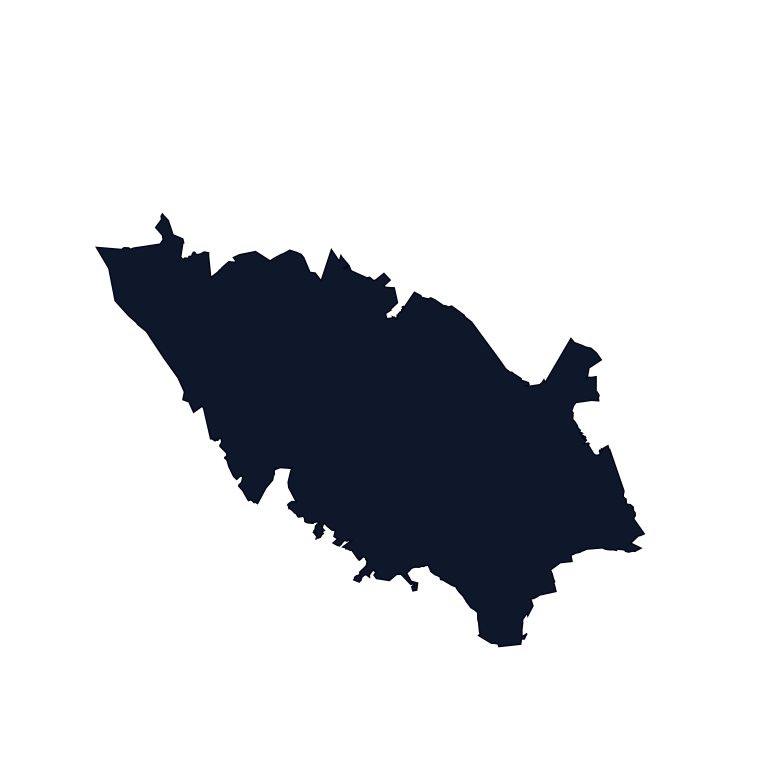 Villaflores, Chiapas, Mexico, rotated 48°
{"feature_id": "50627088B76304194076564", "entity_name": "Villaflores", "entity_type": "district", "adm_level": 2, "iso_a3": "MEX", "parent_name": "Mexico", "parent_adm1": "Chiapas", "projection": "orthographic", "projection_center": [-93.329, 16.375], "detail": "fine", "context": "isolated", "style": "filled", "palette": "ink", "viewbox_px": 768, "rotation_deg": 48, "n_neighbors": 0, "source": "geoboundaries", "source_scale": "gbopen_adm2", "svg_char_len": 6157}
<svg xmlns="http://www.w3.org/2000/svg" viewBox="0 0 768 768"><g transform="rotate(48 384 384)"><path d="M631.3,281.1L630.5,281.5L628.0,281.7L626.6,280.5L624.1,277.3L583.9,260.2L583.9,260.7L582.4,261.1L582.2,260.1L579.7,258.9L578.7,263.6L580.4,263.6L579.5,263.9L578.8,264.8L579.0,265.0L577.8,265.6L579.2,266.4L578.8,267.3L578.0,267.3L577.6,267.7L578.0,268.8L580.5,269.8L580.6,271.6L579.6,273.4L577.8,274.8L575.5,274.8L565.1,272.9L565.6,271.6L564.9,271.5L562.3,275.2L561.2,272.7L561.2,271.2L559.7,271.3L559.3,272.6L558.4,272.5L558.9,270.1L557.7,269.8L557.4,272.2L555.8,272.2L556.3,270.4L555.1,270.7L554.7,271.6L553.5,270.8L552.7,271.4L553.2,269.6L550.4,270.8L549.6,269.1L546.8,269.4L543.5,268.0L541.2,267.8L540.4,267.5L536.8,267.5L535.5,266.6L534.0,264.7L533.0,264.2L532.3,263.0L529.4,262.4L527.0,257.7L526.1,253.8L535.0,240.6L540.1,235.7L539.4,235.1L538.0,234.4L536.2,231.7L532.5,231.0L532.0,231.9L520.5,221.5L518.1,225.3L515.6,227.8L515.8,230.9L513.9,227.0L509.2,221.0L511.4,206.4L503.1,205.4L495.9,206.3L491.8,209.3L487.1,211.4L480.6,214.9L475.3,214.6L490.8,263.2L487.9,262.4L488.9,266.0L488.7,267.4L489.0,268.4L483.0,277.4L480.9,279.7L480.4,279.6L481.5,277.7L481.4,276.6L479.6,275.8L472.9,279.5L471.7,278.5L461.6,281.3L461.4,281.0L460.4,281.5L459.5,282.6L453.9,283.5L446.0,282.4L396.6,277.5L388.8,278.9L386.2,278.5L371.4,281.6L369.6,285.0L367.9,285.4L365.3,287.5L355.8,289.8L351.3,291.6L350.5,294.2L344.5,298.3L343.2,297.5L336.2,300.0L340.6,317.7L339.5,317.6L339.0,318.7L339.7,319.4L341.1,319.5L340.7,321.2L342.1,322.2L341.3,324.0L341.6,326.3L342.5,327.1L342.0,327.5L342.4,327.8L341.9,328.3L343.2,328.7L343.0,329.7L343.6,330.2L343.4,330.8L344.0,331.1L343.1,331.8L341.6,331.4L341.6,332.0L340.0,332.6L341.0,332.9L337.4,338.3L332.6,335.8L333.7,329.3L332.8,328.9L332.6,319.6L319.4,312.1L312.8,318.6L310.9,317.9L310.9,309.9L301.8,310.1L301.2,320.5L300.3,322.6L295.1,323.3L293.8,325.7L277.9,332.7L272.9,330.9L272.1,336.6L271.2,336.4L271.7,336.1L271.3,330.7L262.3,330.5L259.8,330.1L262.3,334.1L262.5,335.1L249.0,333.2L265.4,361.8L255.5,360.9L251.5,364.4L236.4,359.1L232.3,358.9L228.0,360.8L221.5,364.6L220.1,370.9L218.9,374.1L217.0,381.9L216.4,386.3L199.6,390.9L191.3,404.9L189.3,411.3L193.3,411.7L193.8,413.5L189.3,417.5L189.2,426.3L189.6,428.6L189.3,430.1L189.7,432.5L189.0,441.6L171.4,428.7L169.2,426.6L165.6,429.3L164.7,433.2L162.9,436.4L161.0,437.0L160.1,436.6L158.9,436.9L158.7,437.7L159.3,439.7L160.4,441.3L158.8,443.6L159.3,444.4L159.4,446.0L157.2,447.6L157.0,448.5L157.4,449.6L156.4,450.2L153.6,450.2L144.5,439.0L145.0,438.4L141.6,436.5L132.0,441.0L118.1,434.9L111.4,435.1L109.4,434.9L110.2,437.4L112.9,439.1L114.9,448.9L125.2,449.1L129.0,451.5L130.2,456.9L115.6,479.0L114.2,482.4L112.2,482.6L108.8,486.0L108.6,488.9L90.1,506.3L114.0,511.1L142.3,528.1L162.9,528.0L172.8,526.8L174.8,527.2L185.8,525.4L217.9,530.2L241.7,532.9L256.4,537.6L261.1,543.9L266.8,540.9L277.6,544.4L278.8,533.9L281.2,534.2L308.7,549.5L309.9,548.4L313.2,547.6L313.4,546.2L314.6,545.2L314.2,543.7L314.7,542.1L315.2,541.7L316.1,541.9L317.9,542.9L318.9,544.0L319.8,547.0L320.6,547.6L329.8,547.1L332.3,548.6L332.1,551.6L332.4,551.9L335.6,551.6L341.5,554.5L352.1,557.6L356.3,557.3L356.2,552.5L357.0,551.7L358.1,551.3L359.1,551.6L361.1,554.5L361.9,556.3L362.0,559.5L362.8,560.3L368.9,560.3L378.9,562.6L380.1,562.6L381.0,560.5L382.4,560.0L385.1,559.9L384.8,558.9L388.2,558.0L382.2,541.3L380.8,531.0L378.6,528.2L377.2,525.3L375.7,524.6L373.6,521.1L374.1,520.4L374.9,521.5L376.7,517.0L385.3,508.6L386.0,511.0L392.9,521.0L397.3,524.1L412.9,528.0L409.7,531.1L409.2,535.3L409.3,536.1L409.6,536.6L411.2,536.5L411.7,537.3L413.1,538.0L413.4,537.5L414.3,537.1L416.6,536.7L419.7,536.7L421.7,536.0L424.7,536.7L425.7,536.5L428.2,532.5L430.4,532.7L433.1,534.7L433.9,534.7L435.9,533.7L439.9,530.1L440.1,529.7L439.9,528.9L441.7,525.7L442.3,525.6L444.5,525.7L443.4,527.5L443.8,529.0L443.7,529.8L446.0,532.5L446.4,534.7L448.1,534.5L447.4,535.7L449.3,535.7L449.9,535.6L450.0,535.1L450.8,535.0L451.0,535.9L452.6,536.0L453.5,536.7L453.3,537.7L453.6,538.0L453.8,536.9L455.3,534.0L454.3,530.9L454.5,529.2L452.2,529.1L452.8,526.8L452.1,527.2L452.6,526.4L449.5,526.2L447.8,523.5L447.6,521.4L452.0,521.3L457.7,520.4L460.5,518.3L463.8,523.2L468.2,522.0L468.1,528.2L472.5,526.7L474.4,525.5L474.5,523.8L473.8,520.2L473.8,517.9L476.0,516.6L476.3,515.1L478.5,513.1L477.6,523.7L480.1,522.0L481.0,522.6L482.0,521.4L485.0,520.4L486.1,519.1L495.8,520.3L498.3,520.3L498.6,518.4L498.2,515.3L498.9,514.6L499.7,514.7L500.4,513.8L501.1,513.8L502.2,514.9L503.5,514.8L505.1,515.8L507.3,519.0L507.6,527.9L508.7,528.6L509.2,530.3L509.1,531.5L508.3,532.3L508.0,534.5L508.4,535.8L509.1,536.1L509.4,537.5L514.7,534.8L514.3,533.3L514.5,532.6L512.7,529.7L512.9,526.3L513.7,524.8L517.8,524.0L516.0,522.5L514.7,516.2L518.7,516.2L519.3,519.3L523.4,519.8L533.6,511.5L533.9,501.9L536.9,498.6L550.9,498.2L552.0,496.0L553.4,496.1L553.3,499.1L557.1,500.9L559.0,497.6L554.4,492.2L548.9,495.8L539.7,493.8L539.6,489.2L539.3,487.4L539.8,485.3L541.3,482.9L543.7,480.4L544.7,477.8L546.2,476.5L546.3,475.5L547.9,472.4L552.9,473.8L554.5,474.7L560.0,473.6L562.8,472.1L565.2,471.4L567.1,472.7L569.2,471.3L579.0,468.2L582.8,466.2L585.0,466.9L588.7,467.3L594.4,467.1L601.7,468.4L608.3,469.0L612.4,467.8L615.7,467.3L616.9,467.5L621.5,471.6L624.9,473.5L632.4,479.0L634.1,479.7L634.2,482.0L648.3,477.7L651.4,474.7L652.9,473.7L653.3,473.0L656.0,474.3L668.8,456.5L665.4,452.4L667.3,450.5L665.1,444.7L664.9,447.2L663.9,450.5L658.8,445.9L654.3,440.8L652.8,439.7L651.5,437.8L650.1,431.1L649.6,430.4L652.4,432.1L648.6,421.8L641.9,418.8L643.6,416.1L644.7,411.8L644.7,410.4L645.3,408.9L653.2,395.0L647.3,391.8L645.2,391.0L645.1,389.5L642.4,388.6L637.6,386.1L633.5,384.7L634.6,374.4L634.4,373.0L641.6,363.0L636.2,359.6L637.5,356.6L637.7,355.2L640.3,350.5L639.7,350.2L640.9,348.1L642.5,343.6L652.0,331.2L654.3,330.3L656.2,328.9L658.5,326.9L660.4,324.6L663.3,322.5L662.5,321.2L668.5,316.0L669.8,316.5L672.5,314.8L674.6,311.0L676.2,309.6L677.9,302.9L667.3,307.2L667.0,296.8L668.1,294.9L669.5,290.9L652.0,288.8L650.8,288.3L650.0,285.4L647.9,283.7L645.1,283.4L642.2,281.2L638.6,281.7L635.5,284.2L631.3,281.1Z" fill="#0f172a" stroke="#020617" stroke-width="1.5"/></g></svg>